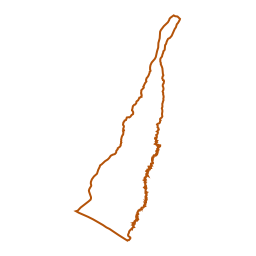 the district of San Andrés Villa Seca, Retalhuleu, Guatemala
{"feature_id": "79465075B254233596558", "entity_name": "San Andrés Villa Seca", "entity_type": "district", "adm_level": 2, "iso_a3": "GTM", "parent_name": "Guatemala", "parent_adm1": "Retalhuleu", "projection": "mercator", "projection_center": [-91.627, 14.381], "detail": "fine", "context": "isolated", "style": "outline", "palette": "amber", "viewbox_px": 256, "rotation_deg": 0, "n_neighbors": 0, "source": "geoboundaries", "source_scale": "gbopen_adm2", "svg_char_len": 5946}
<svg xmlns="http://www.w3.org/2000/svg" viewBox="0 0 256 256"><path d="M175.9,27.3L176.8,24.3L178.1,22.8L179.6,20.1L180.0,18.9L177.5,16.5L175.1,16.2L173.7,15.4L170.6,17.6L169.6,18.7L169.1,20.2L167.9,22.3L163.8,26.2L160.8,30.2L160.1,31.8L159.7,38.2L158.4,43.0L158.2,47.6L157.1,51.1L155.8,57.0L154.8,58.9L151.7,62.5L150.5,65.1L150.1,67.2L150.1,69.7L150.5,70.3L150.5,71.0L149.7,71.7L149.6,72.7L148.5,75.6L147.4,77.3L146.6,78.1L146.0,80.1L146.4,81.5L145.9,82.0L145.6,82.5L145.3,82.7L144.1,85.0L144.0,85.6L143.3,86.6L143.8,87.5L143.7,87.8L141.3,90.3L141.3,91.8L141.1,92.6L141.3,93.3L141.1,93.8L141.5,94.3L141.7,95.3L141.5,96.8L140.9,96.7L140.3,97.5L139.3,97.7L139.0,98.6L138.1,100.3L136.7,101.3L136.4,101.7L136.3,103.0L135.2,104.5L134.2,104.8L132.9,106.2L132.3,109.2L132.0,109.9L132.0,110.4L132.5,110.8L133.2,112.2L133.1,114.0L132.6,114.4L131.5,115.1L130.5,116.6L129.4,117.4L128.5,117.2L126.8,117.5L126.0,120.0L124.6,120.5L124.2,121.5L123.4,122.4L123.0,124.8L123.8,125.9L123.9,126.8L123.1,129.1L123.9,130.1L124.0,130.5L123.0,131.0L123.4,132.3L123.1,134.7L122.5,135.2L121.8,136.8L121.1,139.6L121.3,140.4L121.0,141.6L121.4,142.5L121.0,143.0L121.0,143.8L120.6,144.4L120.7,145.5L119.9,146.7L117.7,148.3L117.7,149.3L116.4,150.7L116.1,152.6L114.8,154.1L112.7,154.7L110.8,155.7L109.1,158.1L107.7,159.5L105.0,161.2L101.6,164.4L100.2,165.3L99.9,165.8L99.8,166.6L98.2,169.9L97.0,173.7L93.9,176.5L91.9,179.3L90.9,181.9L90.8,183.7L91.2,185.1L91.2,185.9L89.5,188.7L88.9,190.4L89.1,191.7L91.0,197.2L91.0,198.3L90.6,199.6L88.7,201.3L80.7,207.5L77.7,210.7L76.0,211.2L79.1,212.9L88.0,216.8L93.0,219.3L97.9,222.1L102.9,225.0L106.4,227.4L109.6,229.0L118.8,235.2L127.4,240.6L127.9,240.1L128.9,240.1L130.3,238.5L130.3,237.5L128.3,236.0L128.1,235.5L128.1,234.6L128.9,232.8L129.2,231.4L130.5,229.8L131.4,229.3L131.4,228.9L131.7,228.6L132.1,229.0L132.3,228.2L133.0,227.4L133.8,227.2L133.2,226.6L133.7,225.8L133.4,225.4L132.6,225.0L133.1,224.7L133.6,224.8L133.7,224.5L133.4,224.1L134.7,223.9L134.8,223.4L134.6,223.0L133.8,222.8L134.5,222.6L134.4,222.3L134.6,222.1L135.0,222.2L135.1,221.9L134.6,221.8L135.3,221.3L135.0,220.9L135.5,220.6L135.8,220.1L135.9,220.5L136.3,220.5L136.3,219.9L136.9,219.4L137.4,219.4L137.6,220.0L138.2,219.3L137.8,218.5L136.9,218.6L136.4,218.2L136.3,217.8L136.5,217.5L137.2,217.8L137.6,217.5L137.7,216.8L137.5,216.5L137.0,216.7L136.2,216.5L136.4,215.5L136.5,215.2L136.8,215.1L136.8,214.5L137.2,214.5L137.2,214.8L137.5,214.9L138.3,214.1L138.2,213.8L137.8,214.0L137.5,213.5L137.3,212.6L138.2,211.0L137.6,210.8L138.6,210.7L139.1,210.1L139.5,210.5L139.8,210.5L140.0,209.7L140.9,209.1L141.7,209.5L141.8,209.4L141.3,208.9L141.2,208.3L141.4,208.6L141.4,208.1L141.6,207.7L143.2,207.6L143.7,206.5L143.7,206.8L144.1,206.7L144.0,206.0L144.5,206.0L144.0,205.5L144.0,205.3L144.8,205.0L144.9,204.5L145.2,204.5L145.1,204.1L145.4,204.1L145.5,203.5L144.8,203.2L144.8,202.9L145.1,202.8L144.7,202.3L146.0,202.1L146.0,201.8L145.6,201.4L145.7,201.1L145.4,200.7L146.0,200.8L146.5,200.0L146.3,199.9L146.3,199.6L145.9,199.3L146.0,198.3L146.6,198.3L146.6,198.0L145.7,197.9L145.8,197.6L145.5,197.3L145.5,196.8L146.2,196.8L145.9,195.9L146.7,195.0L145.7,193.5L146.3,193.2L145.9,192.8L146.7,192.3L146.4,192.2L146.1,191.7L145.5,191.6L145.6,189.7L146.4,188.4L146.2,187.4L144.8,188.1L144.2,187.5L145.0,187.0L144.7,186.8L144.8,186.5L145.8,185.4L145.2,184.7L145.3,183.5L145.0,183.1L145.5,182.8L145.5,182.5L145.7,182.3L144.8,181.9L145.1,181.3L144.8,181.2L144.8,180.7L144.2,180.3L144.5,180.2L144.5,179.5L145.0,179.9L145.8,179.7L145.7,179.5L145.0,178.9L144.9,178.7L145.2,178.6L144.8,177.7L145.1,177.3L145.6,177.4L145.9,176.7L146.2,176.8L146.4,176.6L146.6,176.1L146.4,175.8L146.3,174.8L146.6,174.8L147.8,175.6L146.9,173.8L147.1,173.7L146.8,173.5L147.8,172.6L148.1,171.8L147.5,171.9L146.7,171.5L147.1,171.2L146.8,170.9L147.3,170.7L147.1,170.3L147.4,169.6L148.1,169.7L148.8,169.1L149.1,169.6L149.8,169.5L149.9,169.3L149.5,168.2L149.1,168.0L148.6,166.6L149.2,166.5L150.0,166.9L150.2,168.0L151.0,168.0L150.8,167.5L151.0,166.7L150.6,166.3L151.0,165.8L151.8,165.7L151.6,165.4L150.9,165.5L151.0,165.2L151.4,165.2L150.9,164.5L151.0,163.6L151.4,163.4L152.7,163.5L153.0,163.1L152.9,162.4L152.2,161.5L152.0,160.5L152.0,159.6L152.8,159.7L152.8,158.9L152.2,159.1L152.0,158.9L152.3,157.4L152.6,157.3L152.8,157.8L153.0,157.9L153.6,157.2L153.7,156.6L153.4,156.0L153.8,155.3L154.7,155.2L155.4,155.7L155.9,155.5L155.7,154.7L155.8,154.5L156.5,154.8L156.9,154.6L156.5,153.7L157.3,153.6L157.7,152.5L157.6,152.1L157.0,152.2L156.3,151.5L156.4,150.8L156.7,150.6L157.7,150.9L158.2,150.7L158.4,149.9L157.4,150.1L157.2,148.9L157.4,148.8L157.7,149.1L157.9,149.0L158.1,148.1L157.9,147.3L158.5,147.2L158.7,146.3L159.2,146.3L159.6,146.7L160.1,146.3L160.2,145.3L160.0,145.2L159.3,145.5L158.6,145.0L158.3,145.3L158.3,146.0L158.0,146.2L157.3,145.7L157.5,145.3L157.4,144.8L156.0,144.5L155.0,144.0L156.7,142.7L156.2,142.4L155.6,141.7L155.9,141.1L156.2,140.9L156.5,141.4L156.8,141.5L157.2,140.8L156.0,140.6L156.1,139.4L155.7,138.9L155.2,138.9L155.0,138.3L155.2,137.9L155.9,138.1L156.6,137.9L156.9,136.8L156.5,136.1L156.2,135.1L157.1,134.8L157.9,132.8L157.8,131.9L157.0,131.5L157.6,131.0L158.0,130.1L158.6,129.9L158.8,129.6L158.4,128.1L157.9,127.8L157.5,127.3L157.8,125.9L157.0,124.4L158.1,123.6L158.8,123.5L159.9,122.6L160.0,121.3L160.6,120.4L160.1,119.7L160.2,118.7L161.7,117.5L162.3,116.5L162.0,114.0L162.4,111.3L162.3,109.9L161.8,108.3L162.4,106.9L162.3,103.7L162.7,102.9L162.9,101.7L163.5,100.1L163.3,98.6L163.6,97.5L163.6,96.2L163.1,94.2L163.2,93.0L162.6,91.5L163.4,89.8L163.5,88.4L163.2,87.1L162.7,86.0L162.9,84.3L163.6,83.5L164.0,81.2L163.8,80.4L162.9,80.1L162.8,79.4L162.2,78.3L162.7,76.3L163.3,75.6L163.3,75.0L162.9,73.9L162.4,68.4L161.9,66.8L160.7,64.0L160.9,63.1L160.3,61.6L160.3,59.2L160.6,58.3L162.0,56.5L162.4,54.6L163.1,52.9L163.4,51.2L164.2,50.5L164.7,49.7L165.1,45.2L166.1,43.8L166.6,41.9L167.3,40.3L168.1,38.8L169.9,37.9L171.7,35.8L174.7,29.0L175.9,27.3Z" fill="none" stroke="#b45309" stroke-width="2"/></svg>